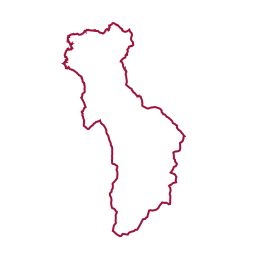 Viseu De Sus, Maramures, Romania, rotated 82°
{"feature_id": "2599482B29272947771159", "entity_name": "Viseu De Sus", "entity_type": "district", "adm_level": 2, "iso_a3": "ROU", "parent_name": "Romania", "parent_adm1": "Maramures", "projection": "equal_earth", "projection_center": [24.481, 47.762], "detail": "fine", "context": "isolated", "style": "outline", "palette": "rose", "viewbox_px": 256, "rotation_deg": 82, "n_neighbors": 0, "source": "geoboundaries", "source_scale": "gbopen_adm2", "svg_char_len": 5720}
<svg xmlns="http://www.w3.org/2000/svg" viewBox="0 0 256 256"><g transform="rotate(82 128 128)"><path d="M60.6,179.9L59.3,178.4L59.9,178.0L60.2,178.0L61.1,177.7L61.6,177.3L62.2,175.9L62.6,175.4L62.6,175.0L63.3,174.0L66.3,170.9L67.5,170.3L68.0,169.7L68.9,169.2L69.1,168.7L70.0,167.9L70.6,167.0L71.1,167.1L71.7,166.7L72.5,166.9L73.0,166.5L74.2,166.3L75.8,166.5L76.3,166.2L76.6,165.7L77.0,165.5L77.2,165.2L78.1,165.1L78.1,165.4L80.5,165.1L82.3,165.3L83.3,165.8L84.1,165.6L86.4,165.9L88.0,168.4L88.5,168.7L89.5,168.7L90.8,169.5L91.5,169.5L91.6,170.0L96.8,168.0L100.3,167.4L101.4,167.0L101.6,167.3L102.1,168.5L105.0,170.2L105.2,171.5L105.4,171.6L106.2,171.6L107.4,170.8L109.1,171.5L110.6,170.9L112.3,170.9L114.4,170.4L115.4,170.7L116.8,170.7L117.8,171.2L119.7,171.5L120.5,170.5L122.6,168.8L123.4,167.9L123.4,166.9L121.7,165.1L121.4,164.4L120.7,163.6L120.6,162.8L119.5,161.6L119.0,161.4L118.4,159.9L117.6,158.7L117.3,156.6L116.7,154.6L117.6,154.6L118.5,154.2L119.6,153.9L120.4,153.3L121.7,151.8L124.3,150.7L124.6,150.5L127.1,149.8L129.8,150.0L130.7,149.8L132.5,148.7L137.2,148.2L140.7,147.2L142.8,147.4L144.5,146.5L145.5,146.6L146.7,146.5L149.5,147.0L151.1,147.1L153.5,147.7L156.3,147.9L157.2,148.3L160.8,148.6L161.5,147.9L161.9,146.6L162.2,146.1L163.2,145.1L164.0,144.0L164.4,143.9L165.9,144.2L166.3,144.5L167.7,145.2L169.8,144.7L172.0,144.8L176.3,145.8L178.4,147.9L180.9,151.0L181.4,151.1L182.5,151.0L185.3,151.4L186.2,151.9L186.9,152.7L189.0,153.2L189.5,154.3L190.3,155.0L191.1,155.2L192.1,155.3L194.4,154.5L195.6,154.3L197.8,154.5L198.7,154.9L201.4,155.3L204.6,155.0L205.2,154.7L205.3,154.2L206.2,152.9L206.8,152.4L208.9,151.4L209.4,150.7L210.1,150.7L211.6,151.9L212.8,152.4L214.8,152.5L218.8,153.3L219.9,153.2L220.7,153.4L221.9,154.9L223.2,155.8L227.0,157.0L227.8,157.4L228.4,156.6L231.3,154.3L232.3,153.3L233.9,151.2L234.0,150.7L233.9,149.6L232.1,148.0L233.1,144.7L233.5,143.0L231.9,141.8L231.4,140.3L231.0,137.7L231.0,136.5L229.8,135.0L230.0,133.0L225.7,129.6L220.5,126.0L220.3,123.4L219.3,122.6L218.9,121.3L212.7,118.6L212.5,117.4L213.2,115.1L212.8,111.2L211.5,109.1L209.6,107.8L206.5,104.5L207.4,101.8L207.2,101.1L207.5,100.3L208.5,98.8L209.2,98.3L209.1,96.9L201.1,95.5L199.5,95.9L198.2,95.6L196.6,94.7L195.3,94.5L193.2,94.5L191.0,95.4L190.2,94.1L190.1,92.9L188.8,91.2L188.5,87.9L186.1,88.0L183.2,86.9L180.4,88.1L178.1,92.0L175.2,89.2L173.1,88.2L172.7,87.2L172.5,86.0L170.4,84.5L167.8,86.0L166.1,85.9L164.4,86.9L162.6,86.5L160.9,86.4L158.6,86.5L157.9,84.9L158.0,81.8L157.4,79.9L154.9,79.0L150.1,78.6L149.6,77.8L149.6,77.1L149.0,76.7L148.7,75.8L146.0,74.5L144.8,74.4L144.1,73.1L143.0,74.0L142.0,74.3L139.8,75.8L139.1,76.0L137.4,77.4L137.3,77.8L136.7,78.3L136.2,78.7L135.3,79.0L134.7,79.5L134.2,79.6L133.5,79.2L132.4,79.1L131.9,79.9L130.4,81.3L129.6,82.7L127.8,83.2L126.5,83.8L123.4,86.5L122.5,87.6L122.2,88.3L121.4,88.6L119.9,89.5L119.5,90.1L119.3,91.2L118.2,91.5L117.2,92.4L116.4,92.5L115.6,92.2L114.5,92.7L113.2,93.8L111.2,97.7L111.0,99.0L111.0,102.7L111.2,104.0L111.6,105.2L111.2,106.4L110.6,107.4L109.2,109.1L108.7,110.0L108.0,110.7L106.9,110.7L105.7,110.3L104.6,110.4L103.3,110.2L98.8,111.1L98.4,111.5L98.1,113.9L97.7,113.6L97.8,114.3L94.6,116.4L94.0,116.8L93.6,117.6L92.0,118.2L91.3,118.8L89.7,119.0L88.6,120.6L84.9,123.9L82.2,122.7L75.5,122.6L74.3,122.9L72.8,122.1L72.3,122.1L72.3,121.8L72.1,121.7L70.8,122.0L70.7,122.1L70.8,122.3L70.8,122.5L69.8,123.0L69.0,122.9L69.3,123.2L67.5,123.9L66.1,124.2L64.1,124.2L62.9,124.5L61.8,124.9L61.3,125.5L61.1,126.0L60.4,125.7L58.7,123.4L58.3,122.7L58.0,121.3L57.7,120.8L55.4,120.2L55.2,119.8L55.4,119.3L54.8,119.0L55.1,118.6L54.9,118.5L54.4,118.6L53.2,118.2L52.2,117.5L50.1,117.7L49.2,116.3L48.2,116.1L47.5,115.6L47.5,114.1L47.1,113.7L47.3,113.3L47.2,112.1L46.5,111.2L45.2,111.3L43.7,111.2L42.0,112.3L40.8,112.6L39.1,112.4L36.7,111.1L35.7,111.1L34.2,111.4L33.9,111.6L33.5,112.2L32.9,112.6L30.8,113.0L31.6,114.3L32.0,115.4L32.4,116.1L32.3,117.5L32.0,118.4L31.0,119.4L31.0,119.8L29.8,120.4L29.3,120.0L28.8,120.4L27.6,121.9L26.1,122.8L24.4,124.2L24.3,124.4L24.5,124.9L22.9,126.5L22.0,128.0L22.1,128.8L23.2,129.7L23.5,130.8L24.0,131.6L23.8,132.3L24.2,132.5L24.7,132.1L25.4,132.2L25.9,132.5L26.2,132.3L26.7,133.0L28.3,133.3L28.6,133.8L27.6,134.3L27.1,135.0L27.2,135.4L27.6,135.8L28.0,136.6L28.5,137.0L29.0,137.0L30.4,138.5L31.0,139.7L30.4,140.4L29.6,142.7L27.7,144.3L27.8,145.0L27.1,146.8L27.3,147.2L27.2,147.4L26.5,147.3L26.5,148.4L26.8,148.8L26.1,151.6L25.6,153.3L25.3,153.5L25.3,154.1L25.4,154.4L25.1,155.0L25.5,155.3L25.7,155.7L25.7,156.8L26.1,156.8L25.8,157.0L26.0,157.5L27.2,158.3L28.0,159.4L28.6,160.5L28.9,161.8L28.8,163.6L27.6,165.0L27.9,166.9L27.8,167.4L27.8,168.1L27.4,168.7L27.6,168.8L27.6,169.1L27.4,169.9L27.6,170.4L27.5,170.7L27.6,171.9L28.1,172.5L28.5,174.2L28.6,174.4L29.4,173.9L29.7,173.8L29.7,174.6L30.3,175.1L31.5,175.2L32.8,175.5L32.5,175.0L32.7,174.8L32.9,174.8L33.1,175.1L34.3,175.2L34.7,175.0L34.8,174.2L36.5,173.7L36.7,173.3L36.9,173.7L37.2,173.6L37.4,173.5L36.9,172.8L37.4,173.1L37.0,172.5L37.4,172.7L37.4,172.2L37.6,172.5L37.6,173.0L38.1,173.4L39.6,173.1L40.1,172.5L40.6,172.5L40.9,172.3L40.9,172.7L41.0,172.5L41.0,172.3L41.3,172.2L41.6,172.8L41.8,172.7L42.3,173.2L42.2,173.5L41.8,173.5L42.2,174.0L42.0,175.1L42.0,175.4L42.2,175.5L42.0,175.9L41.0,176.2L41.2,176.9L41.7,177.1L42.2,177.0L42.4,177.6L42.9,178.4L43.8,178.7L44.2,179.2L44.7,179.5L45.8,179.7L46.5,180.5L48.8,180.4L49.4,179.7L49.3,179.2L50.0,179.2L50.6,178.7L50.8,178.8L51.4,178.5L52.1,178.6L52.0,179.9L52.3,180.2L52.3,180.4L53.3,180.6L54.1,179.9L54.1,180.7L53.9,180.9L54.0,181.0L53.8,181.4L54.3,182.0L54.9,181.8L55.2,182.9L55.5,182.4L56.0,182.3L56.8,181.6L57.7,181.1L58.1,181.0L58.1,181.3L58.7,181.3L59.6,181.0L60.1,181.1L60.6,179.9Z" fill="none" stroke="#9f1239" stroke-width="2"/></g></svg>